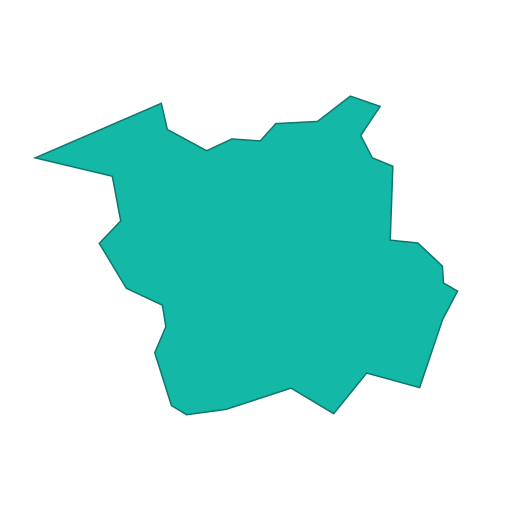 SVG path tracing the border of Newtownabbey, rotated 343°
{"feature_id": "GBR-2097", "entity_name": "Newtownabbey", "entity_type": "District", "adm_level": 1, "iso_a3": "GBR", "parent_name": "United Kingdom", "parent_adm1": "", "projection": "robinson", "projection_center": [-5.964, 54.723], "detail": "fine", "context": "isolated", "style": "filled", "palette": "teal", "viewbox_px": 512, "rotation_deg": 343, "n_neighbors": 0, "source": "natural_earth", "source_scale": "10m", "svg_char_len": 588}
<svg xmlns="http://www.w3.org/2000/svg" viewBox="0 0 512 512"><g transform="rotate(343 256 256)"><path d="M438.5,348.5L415.8,371.4L374.0,429.7L327.6,400.3L284.2,429.5L250.9,392.6L182.6,393.9L143.2,387.5L131.4,374.3L130.9,318.9L149.1,297.3L152.1,275.7L122.6,249.0L109.8,198.1L136.9,182.9L141.9,137.7L73.5,97.6L210.1,82.3L208.2,109.1L239.6,140.9L267.1,137.0L293.6,147.2L313.7,135.2L354.1,145.3L392.9,130.7L418.4,149.2L391.4,171.4L395.9,196.1L413.1,210.2L389.0,280.1L414.6,290.9L431.3,320.2L427.4,336.7L437.2,347.1L438.5,348.5Z" fill="#14b8a6" stroke="#0f766e" stroke-width="1.5"/></g></svg>